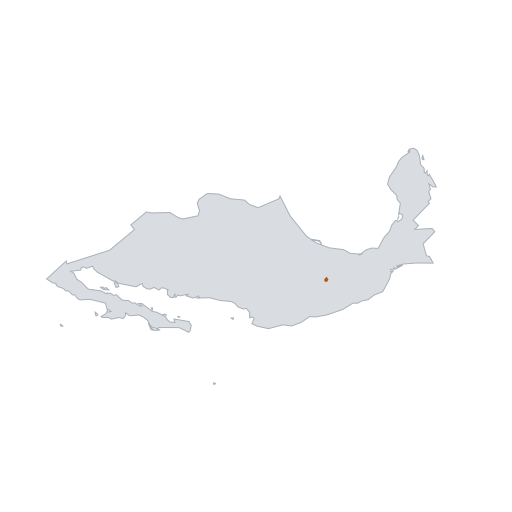 location of Milpa Alta, Distrito Federal, Mexico, rotated 317°
{"feature_id": "50627088B10740094064214", "entity_name": "Milpa Alta", "entity_type": "district", "adm_level": 2, "iso_a3": "MEX", "parent_name": "Mexico", "parent_adm1": "Distrito Federal", "projection": "orthographic", "projection_center": [-99.043, 19.138], "detail": "fine", "context": "in_parent", "style": "filled", "palette": "amber", "viewbox_px": 512, "rotation_deg": 317, "n_neighbors": 0, "source": "geoboundaries", "source_scale": "gbopen_adm2", "svg_char_len": 4295}
<svg xmlns="http://www.w3.org/2000/svg" viewBox="0 0 512 512"><g transform="rotate(317 256 256)"><path d="M87.2,130.0L113.9,130.2L112.3,132.8L152.8,151.9L185.1,153.8L185.6,147.9L205.8,149.0L209.0,153.3L222.6,165.4L225.5,175.3L227.9,179.1L241.1,187.1L245.6,184.3L249.1,177.2L253.2,175.7L263.0,177.1L270.9,185.2L276.3,196.7L285.7,207.2L286.3,213.9L290.5,222.1L311.7,229.8L314.5,228.5L308.3,249.9L306.4,275.4L307.4,280.9L313.1,288.2L312.0,292.2L312.3,288.2L307.5,281.9L309.1,287.7L314.9,299.7L324.4,311.1L326.6,318.2L333.3,325.4L331.5,325.3L335.3,327.0L334.1,325.9L341.0,326.7L346.0,329.1L350.5,333.7L362.1,329.8L370.6,329.0L376.2,326.0L382.2,325.2L383.4,326.2L383.0,327.7L387.9,328.5L391.1,326.1L390.1,322.4L388.5,323.3L388.9,322.6L397.5,315.9L397.9,310.7L400.3,307.6L399.9,299.3L401.3,293.1L407.7,289.2L419.4,286.6L424.4,284.2L430.1,283.4L439.6,284.9L440.3,283.5L437.8,283.6L440.9,282.4L444.9,284.8L445.8,288.5L444.3,293.5L438.7,301.5L438.8,306.5L435.9,309.8L436.5,310.9L439.2,310.3L436.5,313.6L436.6,314.9L438.5,314.4L435.5,327.3L434.6,328.5L432.4,325.7L431.7,321.0L429.2,326.1L426.3,326.6L423.1,333.4L418.9,333.6L418.7,335.7L395.3,336.9L395.6,344.6L390.2,344.8L403.5,355.9L403.3,360.2L386.6,361.0L380.8,372.1L382.6,374.7L380.7,382.0L368.2,370.2L358.2,362.3L352.2,359.3L351.5,360.1L357.1,362.8L348.5,360.5L349.0,358.5L346.8,359.4L345.3,357.7L343.8,359.6L346.7,360.5L342.3,361.0L338.1,363.9L324.4,368.5L315.6,365.1L308.1,364.4L303.1,361.2L298.1,359.8L294.9,356.7L282.8,354.2L267.8,347.5L258.1,341.3L254.1,337.0L244.0,335.4L234.5,331.6L228.6,324.6L215.7,317.7L209.1,308.4L206.9,302.7L212.2,300.3L211.5,297.9L209.2,297.0L212.8,293.0L213.3,287.9L210.6,286.1L208.1,281.0L208.3,276.4L206.7,272.2L199.5,264.2L193.4,254.6L183.6,246.1L186.5,247.8L186.8,246.0L181.5,244.1L177.9,237.6L180.7,237.9L173.1,233.2L172.2,231.1L169.2,231.7L168.8,230.7L171.2,228.3L167.3,230.0L165.2,228.1L165.0,223.9L168.0,220.4L168.9,221.2L167.3,217.3L165.1,214.8L161.8,214.7L160.0,209.5L156.1,208.1L153.9,205.8L152.7,201.2L154.0,198.5L147.2,196.6L136.5,181.7L136.2,178.3L134.5,177.1L128.8,159.1L128.8,153.8L129.8,152.1L123.6,149.4L122.5,146.4L120.5,145.3L118.0,146.7L110.0,140.7L111.1,144.2L109.1,150.6L110.4,156.0L110.8,166.0L118.7,175.5L120.9,181.6L122.3,181.5L122.8,183.3L124.1,183.6L124.9,187.6L127.4,189.0L128.1,197.1L132.3,201.5L133.5,206.2L135.5,207.8L136.7,213.3L138.5,214.7L137.7,210.6L140.2,213.1L142.3,225.7L145.1,229.5L148.5,238.7L147.6,242.4L148.2,245.8L151.5,249.3L153.0,246.1L162.4,258.4L161.2,262.7L156.9,265.7L154.7,265.9L151.0,256.0L136.1,242.0L134.6,242.1L131.7,237.9L131.3,235.1L132.8,229.1L131.9,223.3L129.9,219.1L122.8,213.5L121.8,208.5L120.2,210.5L116.2,211.1L113.8,207.5L107.1,203.5L106.4,200.6L101.6,196.0L101.3,194.6L106.6,195.8L109.9,194.9L109.7,196.2L112.2,197.8L111.6,194.4L110.4,194.1L113.7,187.8L105.1,174.5L97.5,168.3L96.4,165.5L97.0,160.9L95.2,159.2L95.2,154.0L93.0,151.5L93.0,148.4L90.2,143.3L89.9,141.0L91.2,139.6L89.1,137.4L87.2,130.0ZM136.0,181.8L134.8,184.9L132.2,183.6L133.8,179.0L135.4,178.6L136.0,181.8ZM125.1,180.3L121.6,176.6L121.0,172.9L122.8,174.3L123.0,176.3L124.9,176.9L125.1,180.3ZM444.6,300.1L443.5,299.1L444.0,297.6L446.5,296.2L444.6,300.1ZM131.5,241.8L129.0,238.3L131.3,231.8L130.3,237.7L131.5,241.8ZM100.1,191.4L98.1,190.7L100.0,187.3L100.6,190.0L100.1,191.4ZM66.9,176.1L65.5,173.6L66.0,172.7L66.6,172.8L66.9,176.1ZM133.9,242.1L135.5,244.8L132.1,242.0L133.9,242.1ZM197.2,285.6L196.7,286.8L195.8,286.3L195.5,284.4L197.2,285.6ZM149.8,236.4L150.3,238.5L148.6,235.8L149.8,236.4ZM143.9,222.5L144.9,223.4L143.2,225.2L143.9,222.5ZM139.4,321.5L138.6,321.8L137.5,320.8L138.5,319.8L139.4,321.5ZM386.3,325.1L384.2,325.7L387.7,324.4L386.3,325.1ZM158.6,248.6L157.6,248.3L157.6,246.4L158.6,248.6Z" fill="#d9dde1" stroke="#a8b0b8" stroke-width="1"/><path d="M292.2,320.3L292.1,320.2L291.9,320.1L291.7,320.1L291.4,320.1L291.2,320.2L290.9,320.2L290.9,320.3L290.7,320.3L290.5,320.5L290.4,320.6L290.3,320.8L290.2,321.1L289.9,321.0L289.8,321.3L289.7,321.6L289.8,321.7L289.9,321.8L290.1,322.0L290.2,322.3L290.5,322.4L291.0,322.5L291.2,322.3L291.3,322.2L291.5,322.0L292.0,322.1L292.3,322.0L292.3,321.9L292.4,321.7L292.3,321.4L292.3,321.2L292.2,320.9L292.3,320.9L292.3,320.7L292.2,320.6L292.2,320.4L292.3,320.3L292.2,320.3L292.2,320.3Z" fill="#f59e0b" stroke="#b45309" stroke-width="1.5"/></g></svg>